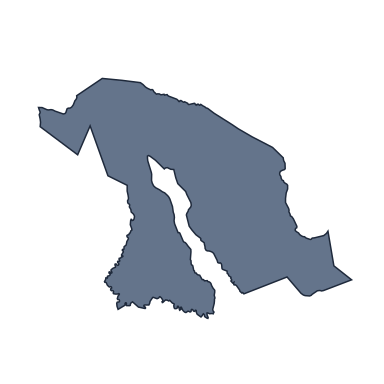 Lucerna, Ocotepeque, Honduras (Equal Earth projection), rotated 341°
{"feature_id": "27666195B25716596314577", "entity_name": "Lucerna", "entity_type": "district", "adm_level": 2, "iso_a3": "HND", "parent_name": "Honduras", "parent_adm1": "Ocotepeque", "projection": "equal_earth", "projection_center": [-89.0, 14.594], "detail": "fine", "context": "isolated", "style": "filled", "palette": "slate", "viewbox_px": 384, "rotation_deg": 341, "n_neighbors": 0, "source": "geoboundaries", "source_scale": "gbopen_adm2", "svg_char_len": 6026}
<svg xmlns="http://www.w3.org/2000/svg" viewBox="0 0 384 384"><g transform="rotate(341 192 192)"><path d="M289.4,189.4L282.7,176.1L266.6,159.2L256.4,147.4L251.9,141.4L238.5,124.7L234.0,118.0L232.7,117.1L231.8,115.6L230.5,114.3L228.8,112.0L228.0,112.4L227.2,112.4L226.8,111.3L226.2,110.8L225.5,111.2L224.8,110.8L224.2,111.2L223.7,110.3L223.5,109.2L223.1,108.9L217.5,108.3L217.0,107.9L216.8,106.7L214.4,104.3L213.6,104.5L213.2,104.3L211.3,101.9L210.5,101.7L209.8,102.4L209.1,102.2L208.5,100.5L207.8,99.3L201.3,93.9L200.5,92.9L200.2,91.8L197.5,91.4L197.4,90.5L194.3,90.0L193.0,88.6L191.5,88.0L190.2,87.9L188.5,84.6L188.4,83.2L188.0,82.5L187.6,82.1L186.3,82.0L183.7,79.5L182.2,77.6L180.7,74.5L178.8,71.8L162.1,63.6L144.1,55.4L114.3,63.4L113.9,65.2L112.7,66.6L111.0,67.6L108.2,70.9L106.1,72.4L104.6,72.9L103.3,72.8L102.2,72.4L100.9,72.7L98.6,75.8L97.4,76.5L95.7,76.3L88.8,70.9L87.1,69.1L85.5,68.2L83.1,67.7L81.7,67.0L77.8,63.4L74.4,62.1L74.3,65.0L74.5,66.3L74.3,67.4L72.7,69.2L72.2,73.5L71.5,76.8L69.7,80.8L96.0,119.6L117.2,96.3L117.8,149.3L132.9,164.6L131.0,170.0L130.5,174.3L130.0,176.9L129.5,178.1L128.2,179.3L127.8,180.9L127.9,182.1L128.7,183.0L128.9,183.7L128.7,184.3L127.9,185.7L128.5,188.6L128.0,191.1L129.4,193.7L129.7,195.2L129.7,196.3L128.6,198.4L127.4,199.5L126.2,199.5L126.0,199.1L125.9,198.2L125.6,198.0L124.7,199.0L123.0,202.9L123.1,206.6L122.8,208.4L121.4,208.9L120.3,210.5L119.3,210.7L118.4,211.8L116.9,211.7L116.2,212.1L116.0,213.2L116.8,214.7L116.5,215.7L114.3,217.6L112.5,220.7L110.0,221.6L109.0,223.9L108.5,224.1L107.7,223.7L107.3,224.0L107.1,224.7L107.7,225.6L107.6,226.3L104.8,228.6L104.9,229.3L105.7,229.8L105.6,230.5L105.1,230.7L104.2,230.4L103.0,231.2L101.6,231.0L101.1,231.7L101.4,233.1L101.1,233.8L100.5,234.0L99.6,233.3L99.0,233.6L98.8,234.5L99.4,235.9L99.1,236.8L98.4,237.2L97.7,237.1L97.3,236.6L96.8,235.3L95.9,235.1L95.4,235.8L95.5,237.3L95.1,238.2L92.3,238.4L90.2,239.2L89.8,240.1L90.2,241.8L89.6,242.5L88.7,242.2L88.2,240.7L87.5,240.7L87.1,241.5L87.9,242.7L87.7,243.6L86.4,244.2L84.7,244.1L84.4,244.5L84.3,245.4L84.0,245.8L82.7,245.1L81.6,246.9L80.1,248.2L80.2,249.0L81.0,249.3L81.4,249.8L81.6,252.4L82.5,254.4L83.1,255.0L84.4,255.0L84.9,255.6L84.8,256.6L83.6,257.1L83.2,258.1L83.7,259.1L84.9,259.4L85.4,260.0L85.4,260.9L84.6,261.8L84.7,262.6L86.4,263.6L88.2,264.2L89.7,264.2L90.1,264.7L89.9,265.2L88.1,266.4L86.6,268.6L86.8,269.5L87.6,269.8L88.1,270.3L88.1,271.0L87.9,271.7L87.1,272.2L85.5,271.8L84.6,272.7L83.9,275.6L83.9,278.9L91.5,277.3L92.0,276.8L92.5,275.5L93.1,275.1L93.6,275.3L93.8,275.9L93.0,277.2L93.1,278.1L96.2,279.2L96.8,279.0L97.3,277.9L97.9,277.2L100.0,276.5L103.9,283.4L109.7,286.9L110.2,286.7L110.4,286.0L110.2,285.4L109.4,284.6L109.4,284.0L109.7,283.5L110.7,283.5L114.4,284.8L115.7,283.5L116.8,281.7L120.5,278.9L121.1,279.0L124.2,281.5L126.0,281.4L127.2,280.5L127.6,280.5L128.5,282.0L129.2,284.7L128.9,285.5L127.9,286.0L128.0,286.9L128.5,286.9L131.7,285.5L133.2,286.1L134.6,287.5L135.7,287.2L137.2,290.5L138.6,291.9L138.6,292.4L137.9,293.3L137.6,294.3L137.4,295.8L137.8,296.7L138.8,297.1L139.9,297.1L140.5,296.6L141.0,295.4L141.6,295.4L142.0,296.5L141.8,299.4L141.9,299.8L143.2,299.3L143.5,298.6L143.6,297.4L144.2,297.3L144.5,298.0L144.6,300.0L145.1,301.6L145.9,303.1L147.0,304.0L149.3,303.4L150.0,303.7L150.9,304.7L151.7,304.9L152.3,304.5L152.9,303.2L153.6,302.9L154.3,303.4L154.6,304.9L155.2,305.6L155.9,305.6L156.7,304.9L157.1,305.0L157.4,305.6L156.9,307.3L157.1,309.3L159.8,313.1L161.3,312.3L162.6,311.1L163.2,310.9L163.7,312.2L163.4,313.4L163.5,314.1L165.2,316.3L165.9,316.7L166.4,316.0L166.3,313.3L166.5,311.9L166.9,311.2L167.6,311.5L168.9,312.8L171.7,313.5L172.3,314.1L173.7,312.7L173.2,311.2L173.4,309.7L176.7,304.6L177.8,302.2L178.3,300.7L179.2,299.7L179.4,296.9L180.9,294.1L181.5,292.3L180.6,289.8L180.1,287.0L180.1,284.6L179.7,283.5L178.9,282.5L177.9,282.0L177.6,280.8L174.8,280.0L174.4,278.6L173.1,278.1L172.2,273.2L170.7,272.3L170.0,271.5L169.6,270.0L168.6,269.6L168.4,268.8L168.6,267.5L168.1,266.7L168.7,262.3L168.6,261.5L167.9,260.8L167.8,259.7L168.7,256.5L168.4,255.5L171.5,248.3L172.2,245.9L170.6,241.8L169.8,239.0L169.1,237.6L168.1,236.7L167.7,235.8L167.1,226.9L166.6,226.2L165.6,225.9L165.2,216.3L165.7,213.3L167.1,210.3L167.7,207.5L167.7,205.0L168.8,199.4L168.8,191.5L168.4,189.2L167.8,187.5L165.9,183.9L164.1,182.2L162.1,179.4L159.0,176.1L157.7,173.7L157.3,170.6L157.5,167.9L159.6,162.2L159.9,160.4L160.3,148.2L160.9,145.6L161.6,143.5L162.9,143.4L164.1,144.7L167.8,150.1L173.3,161.2L174.7,160.6L176.6,160.9L179.3,163.6L182.1,164.8L181.3,173.2L181.3,179.5L186.2,189.5L186.3,192.7L187.5,201.6L187.0,204.3L185.9,205.8L182.9,207.6L182.1,208.9L180.1,210.6L179.2,211.9L178.2,223.4L179.5,227.8L181.8,233.7L185.0,238.4L185.1,239.1L184.7,240.2L184.8,240.8L187.0,243.9L186.7,245.6L186.5,247.9L186.0,249.7L186.3,251.6L187.2,252.6L189.1,253.4L190.8,254.7L191.8,255.8L192.5,257.2L193.5,264.8L193.4,267.1L194.5,268.1L195.7,268.2L196.3,269.2L196.3,270.7L195.5,273.8L195.5,274.5L196.0,275.3L199.4,278.2L198.8,280.5L199.6,281.6L199.5,283.1L201.1,285.3L200.6,286.0L200.9,288.1L200.4,288.6L199.8,288.8L200.8,291.3L202.2,291.0L201.6,292.0L201.4,293.3L201.8,293.7L202.7,293.8L203.6,295.0L205.1,300.3L205.0,301.5L206.3,303.8L207.2,303.6L207.9,305.2L254.2,303.3L262.1,323.3L263.7,325.6L265.2,326.8L269.4,328.6L271.1,328.5L272.2,327.9L278.4,326.2L281.0,326.8L282.2,327.7L284.2,328.0L314.3,327.0L302.1,308.0L307.8,273.3L305.7,274.9L302.4,276.1L292.7,275.2L290.7,274.7L289.2,275.5L288.4,275.4L285.0,272.8L283.8,270.9L282.4,270.3L281.1,269.0L279.9,267.2L279.4,265.4L277.9,263.6L277.1,262.1L277.5,260.8L278.3,260.1L279.4,259.9L280.0,258.6L279.1,250.3L278.2,247.5L277.4,246.9L277.2,246.4L277.5,245.0L277.2,242.2L277.9,240.7L278.0,238.9L277.0,232.4L278.4,228.4L280.8,223.5L283.4,220.3L284.6,216.8L284.2,215.5L282.5,213.4L282.1,212.4L282.1,211.0L281.3,210.4L281.0,209.7L280.8,208.1L281.1,206.1L280.7,204.8L280.7,203.6L281.2,202.4L282.3,201.3L284.3,200.9L286.8,200.9L287.7,200.3L289.3,195.1L288.9,192.4L289.1,190.6L289.4,189.4Z" fill="#64748b" stroke="#1e293b" stroke-width="1.5"/></g></svg>